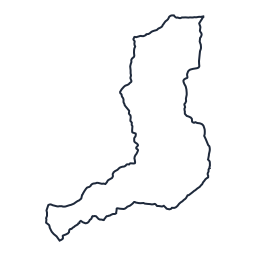 Bardo, Shemgang, Bhutan
{"feature_id": "84629894B88574535309986", "entity_name": "Bardo", "entity_type": "district", "adm_level": 2, "iso_a3": "BTN", "parent_name": "Bhutan", "parent_adm1": "Shemgang", "projection": "albers", "projection_center": [90.949, 27.102], "detail": "fine", "context": "isolated", "style": "outline", "palette": "slate", "viewbox_px": 256, "rotation_deg": 0, "n_neighbors": 0, "source": "geoboundaries", "source_scale": "gbopen_adm2", "svg_char_len": 5864}
<svg xmlns="http://www.w3.org/2000/svg" viewBox="0 0 256 256"><path d="M199.0,61.1L200.0,51.2L200.9,48.7L201.0,47.3L200.8,44.7L200.2,43.1L199.7,41.5L200.1,37.9L201.0,36.7L201.6,34.9L201.6,34.3L201.4,33.3L200.4,31.9L199.9,30.8L200.4,27.2L200.2,26.2L199.6,24.8L199.2,23.3L202.0,18.9L202.5,17.9L203.4,17.0L203.3,16.4L200.7,16.9L199.1,16.8L196.3,17.3L194.2,17.2L192.8,17.5L189.8,17.4L188.5,17.6L185.7,17.4L181.8,17.5L181.0,17.9L180.3,18.1L179.7,18.1L179.1,18.0L177.6,17.5L176.9,17.7L176.3,17.6L175.7,17.3L174.5,16.3L173.9,15.4L172.2,15.4L171.2,15.5L169.9,16.2L169.2,16.8L168.2,18.9L167.9,19.3L167.0,20.2L165.5,21.3L164.2,23.0L163.8,23.7L162.8,24.9L162.5,25.7L161.6,26.9L159.5,28.1L158.6,28.4L157.7,29.1L157.3,29.6L156.7,30.0L155.4,30.4L154.5,30.6L152.2,31.4L150.7,32.4L150.1,33.0L149.0,33.7L148.4,34.0L146.5,34.2L146.3,34.3L146.0,34.6L145.8,35.1L143.6,36.1L141.8,36.1L140.9,35.9L140.1,36.0L136.5,37.1L135.8,37.1L134.8,36.9L134.3,37.1L133.9,38.1L133.5,38.8L133.4,39.2L133.7,40.0L134.5,41.0L134.7,41.7L134.4,43.1L134.5,44.9L134.7,45.4L135.2,46.4L134.9,47.3L134.7,47.6L134.3,48.6L134.1,49.9L134.0,52.8L134.3,55.6L134.1,56.5L134.0,56.8L132.0,58.6L131.4,59.7L131.3,60.4L131.4,62.0L130.8,63.8L130.4,65.4L130.2,66.4L130.3,67.5L130.6,70.2L130.6,73.4L131.0,75.2L130.8,76.4L130.5,77.2L130.4,78.1L131.4,80.9L131.4,81.3L131.2,81.9L129.5,83.3L129.0,83.9L128.6,84.3L126.9,85.1L125.4,85.6L124.6,86.2L123.7,87.0L121.6,89.4L120.1,91.9L120.2,92.9L120.5,93.4L121.3,94.1L121.6,94.7L121.8,96.1L122.3,97.1L123.1,98.2L123.5,99.5L123.5,101.6L123.6,102.4L124.5,104.2L124.6,105.0L125.4,106.2L126.8,107.9L129.1,110.7L129.2,111.1L128.9,113.3L129.1,113.9L129.5,114.5L130.3,115.2L130.6,116.0L130.7,117.7L130.4,119.8L130.4,120.9L131.8,122.6L131.8,123.2L131.7,123.8L131.7,124.9L132.4,126.1L132.4,126.6L132.1,130.7L132.2,132.0L132.6,132.5L135.6,133.5L135.8,133.9L135.8,134.8L135.5,136.3L135.0,137.0L134.6,137.5L134.3,138.1L134.2,138.5L134.2,140.5L134.3,141.4L134.6,141.9L135.5,142.7L136.8,143.5L137.5,144.2L137.9,144.8L138.0,145.2L137.8,145.7L136.3,147.4L136.2,148.1L136.5,148.7L137.5,149.3L137.9,149.8L138.0,150.3L137.6,151.5L136.9,153.0L136.3,154.1L135.4,155.2L134.7,156.7L134.4,158.4L134.7,159.5L135.1,162.1L135.0,163.0L134.7,163.3L133.6,163.5L130.5,163.3L130.1,163.4L129.0,164.5L128.0,164.3L127.2,164.3L126.5,164.6L125.5,165.8L125.0,166.0L124.7,166.3L123.7,166.6L122.5,166.7L121.1,167.1L120.1,167.5L119.2,168.1L117.5,169.8L114.9,171.2L113.5,172.4L113.3,173.0L112.8,173.8L112.7,174.4L112.9,175.7L112.9,176.3L112.4,177.4L112.0,178.0L108.3,180.1L107.5,181.0L106.9,182.2L105.4,184.0L103.5,183.6L101.9,183.8L98.1,182.9L96.9,182.8L95.5,183.3L93.2,183.6L92.1,184.1L91.6,184.5L91.0,185.1L90.6,185.9L89.6,186.7L89.0,187.0L87.5,187.4L86.8,187.8L86.4,188.4L85.9,188.9L83.9,191.9L83.6,192.6L83.1,193.2L82.6,194.5L82.1,194.9L81.3,198.4L80.9,198.9L78.8,200.6L77.7,201.0L75.9,202.2L73.8,203.7L70.9,204.9L69.5,205.2L65.5,206.5L64.6,206.6L63.2,206.6L62.6,206.5L61.8,206.2L60.8,206.2L59.3,206.2L58.5,206.4L57.3,206.4L52.6,205.2L51.4,204.6L50.4,204.4L49.3,204.6L48.3,205.1L46.5,210.4L47.0,212.6L47.0,215.9L46.1,218.2L46.4,219.4L46.1,222.7L48.8,224.8L49.2,225.3L49.6,226.6L49.7,227.6L50.6,229.5L51.7,231.7L53.7,234.0L56.6,236.4L59.6,240.6L61.3,239.8L62.6,238.9L62.9,238.4L62.9,237.1L62.7,236.0L63.1,235.5L66.0,234.4L68.1,233.3L68.4,232.8L69.0,232.2L69.2,230.5L69.4,229.8L70.0,229.3L70.3,229.0L70.7,229.1L71.5,228.9L71.8,228.7L72.0,228.4L72.5,227.9L73.0,227.5L73.8,227.1L75.3,225.8L76.7,225.1L77.0,224.8L77.8,224.4L78.3,223.4L78.9,223.3L79.4,223.0L79.4,222.5L79.7,221.7L80.9,220.9L82.6,222.1L83.5,222.6L84.1,222.7L84.9,223.1L85.8,223.3L87.5,222.8L88.1,222.3L89.0,221.4L89.8,219.9L90.3,219.6L91.3,218.8L91.7,218.0L91.9,217.1L92.3,216.4L92.8,216.1L93.3,216.3L94.7,216.0L96.1,216.3L98.6,219.0L99.4,219.3L100.0,219.6L100.7,219.5L102.1,219.7L103.3,220.1L104.0,219.9L104.5,218.8L105.2,218.1L105.9,217.0L106.7,216.2L107.9,216.1L108.8,215.7L109.8,215.6L110.9,214.9L112.4,214.2L113.1,214.0L114.5,214.0L115.1,213.9L116.2,213.2L116.2,212.4L116.5,210.8L116.7,208.6L116.9,208.4L117.6,208.3L119.9,208.7L123.6,209.0L124.8,208.7L126.3,207.7L127.3,206.7L129.9,205.7L131.5,204.5L132.7,203.5L134.1,202.0L134.8,202.0L135.7,202.5L138.8,203.1L140.4,203.2L143.5,203.0L144.8,203.6L147.4,203.9L150.1,204.1L151.8,204.4L153.1,204.3L154.7,203.9L155.1,204.0L156.0,204.7L156.4,205.1L156.8,205.8L157.4,206.0L158.7,206.0L162.0,206.5L162.4,206.4L163.8,205.8L166.0,207.9L166.5,208.6L167.4,208.9L169.4,209.3L170.6,209.0L171.3,208.6L171.9,207.8L174.1,207.9L174.9,207.7L176.0,207.2L177.5,205.9L179.1,203.8L180.8,202.3L181.5,201.9L182.6,201.1L183.7,200.0L185.1,199.0L186.0,198.1L187.6,195.3L188.6,195.2L189.5,194.6L192.1,192.6L194.4,190.7L195.2,190.3L197.3,188.5L199.8,186.8L200.9,185.4L202.1,184.3L203.1,182.3L204.5,180.6L205.4,179.3L206.6,178.3L208.1,177.4L208.2,175.8L207.7,174.6L207.7,173.3L208.3,172.1L208.6,171.2L208.5,169.8L209.0,168.6L209.7,168.2L209.5,167.8L209.5,167.1L209.9,165.7L209.9,164.5L209.8,162.0L209.4,161.0L208.3,159.9L208.0,159.4L208.2,159.0L208.9,155.2L208.9,154.4L209.6,151.3L209.8,150.0L209.8,148.9L209.6,147.2L209.3,146.2L208.2,145.1L205.7,139.0L204.8,137.1L204.2,135.9L204.7,134.1L204.8,131.8L204.7,129.8L204.5,128.9L204.1,127.6L203.5,125.9L203.1,125.3L202.0,124.2L200.4,123.5L199.1,123.2L197.9,123.1L196.9,122.9L196.2,122.5L195.2,122.2L194.5,122.7L193.5,122.7L192.2,121.8L192.0,121.1L192.0,120.3L191.8,118.7L190.7,117.5L188.6,116.5L186.7,115.9L184.9,113.8L184.8,112.7L184.9,111.6L184.7,111.0L184.5,109.7L184.4,108.8L185.1,107.2L184.9,106.3L184.4,104.9L184.4,104.1L185.2,103.2L186.1,101.3L185.9,98.6L186.7,94.8L186.7,92.9L186.4,89.4L185.7,86.4L184.4,84.1L183.6,82.1L183.4,80.9L183.5,80.4L184.2,79.4L185.6,78.5L186.9,78.1L187.4,77.6L187.4,76.8L187.1,75.1L187.1,74.1L188.1,71.4L188.9,70.5L190.2,69.6L192.8,68.9L197.0,68.2L198.5,67.6L199.2,66.6L199.3,65.9L199.1,64.0L199.0,61.1Z" fill="none" stroke="#1e293b" stroke-width="2"/></svg>